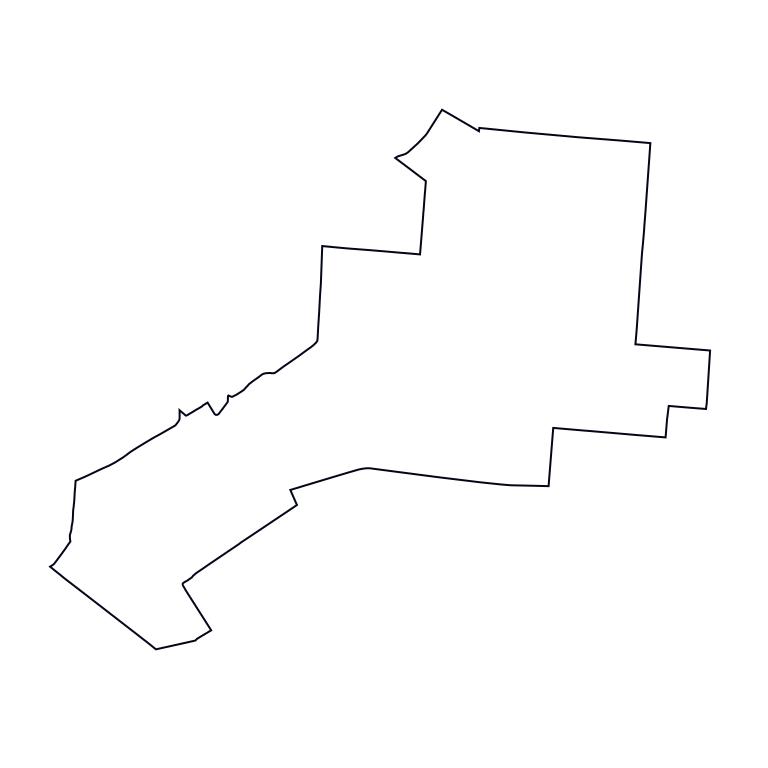 the district of Luica, Calarasi, Romania, rotated 3°
{"feature_id": "2599482B3478355061153", "entity_name": "Luica", "entity_type": "district", "adm_level": 2, "iso_a3": "ROU", "parent_name": "Romania", "parent_adm1": "Calarasi", "projection": "mercator", "projection_center": [26.612, 44.255], "detail": "fine", "context": "isolated", "style": "outline", "palette": "ink", "viewbox_px": 768, "rotation_deg": 3, "n_neighbors": 0, "source": "geoboundaries", "source_scale": "gbopen_adm2", "svg_char_len": 2921}
<svg xmlns="http://www.w3.org/2000/svg" viewBox="0 0 768 768"><g transform="rotate(3 384 384)"><path d="M553.7,477.4L555.3,419.0L585.4,420.0L593.0,420.2L640.6,421.8L668.0,422.6L668.5,404.8L669.5,391.0L688.1,391.6L706.9,392.1L706.9,391.2L707.2,387.3L707.2,387.2L707.3,386.4L707.9,333.5L633.0,331.2L633.5,316.1L634.8,240.0L635.2,231.5L635.7,216.5L635.7,213.6L636.1,197.8L636.3,186.6L637.0,150.4L637.3,134.6L637.3,131.4L637.4,129.5L634.5,129.4L612.8,128.7L603.0,128.4L564.2,127.4L561.8,127.3L513.4,125.5L506.7,125.2L465.8,123.3L465.6,126.6L444.5,115.7L427.6,107.1L414.0,131.2L412.4,133.6L405.1,142.0L395.7,151.5L393.3,153.2L385.6,156.1L383.4,157.7L388.5,161.1L415.2,179.2L415.0,187.6L414.8,193.4L414.6,201.6L414.5,207.9L414.3,211.3L414.3,213.8L413.8,232.0L413.2,252.7L364.2,251.1L339.6,250.5L315.1,249.5L315.7,286.9L315.5,298.9L315.5,315.3L315.4,323.1L315.3,331.0L315.3,338.9L315.3,342.5L315.2,343.7L315.1,344.3L314.8,345.1L313.6,346.7L311.5,348.9L308.9,351.2L306.1,353.4L296.9,360.9L281.9,372.5L276.1,377.4L273.8,379.0L271.1,379.1L270.3,379.0L269.6,379.0L268.0,379.1L265.6,379.4L264.5,379.7L263.7,379.9L262.6,380.4L261.9,380.8L261.4,381.1L259.5,382.8L254.1,387.1L253.2,387.7L252.5,388.4L249.1,391.3L247.7,393.2L246.9,394.0L246.3,394.7L245.3,396.0L244.3,397.2L244.1,397.4L240.9,399.8L237.6,402.1L236.8,402.7L234.8,403.7L234.1,404.2L233.4,404.6L233.2,404.7L232.3,404.7L230.9,404.3L229.9,403.9L229.4,403.6L228.9,404.0L228.8,404.5L228.9,406.7L228.9,410.1L223.6,418.0L220.3,422.8L218.7,423.6L217.7,423.6L216.5,423.0L208.8,411.8L204.2,414.9L203.4,415.9L200.9,417.6L197.7,419.6L197.0,420.1L193.7,422.4L191.5,423.8L189.4,425.3L188.4,425.8L187.8,425.9L187.7,425.9L185.0,423.8L182.2,421.7L181.2,420.9L181.4,423.3L181.4,423.8L181.7,429.0L181.6,429.7L181.3,431.0L180.8,431.8L180.3,432.7L177.8,436.3L177.3,436.6L163.9,445.3L160.0,447.7L156.1,450.1L149.4,454.6L144.0,458.3L141.2,460.2L134.6,464.9L127.5,470.8L119.7,476.3L113.9,479.8L106.3,483.6L93.6,490.5L91.3,491.7L89.2,492.8L83.5,495.6L81.1,496.8L81.0,503.2L80.8,508.6L80.8,516.9L80.5,522.7L80.2,526.5L80.3,534.4L80.2,537.8L79.5,542.9L79.5,545.5L79.0,548.0L78.6,549.8L78.2,551.0L78.2,551.6L78.4,554.2L78.6,555.6L78.9,556.9L79.0,557.8L77.1,560.7L73.9,566.0L72.3,568.4L71.3,570.0L69.1,573.3L66.0,577.9L64.6,580.0L63.6,581.3L62.9,581.9L60.1,583.9L60.5,584.2L65.2,587.6L72.0,592.5L74.4,594.3L78.4,597.1L82.4,599.8L82.5,599.9L102.6,613.8L160.4,653.9L170.1,660.9L209.0,650.1L210.6,648.3L213.3,646.4L224.3,639.0L212.4,622.3L197.2,601.0L193.7,595.6L193.4,594.4L193.5,593.7L195.1,592.3L197.9,590.6L200.3,588.7L202.3,587.1L203.5,585.4L206.4,582.6L211.9,578.5L216.8,574.7L218.9,573.1L219.4,572.7L247.7,551.3L249.4,549.8L256.8,544.3L264.3,538.7L273.5,531.8L303.4,509.4L296.0,494.7L336.9,480.0L351.5,474.8L363.0,470.8L366.8,469.8L370.6,469.1L374.2,468.9L395.9,470.6L443.8,474.3L484.8,477.1L506.0,478.2L516.0,478.5L534.9,477.9L553.7,477.4Z" fill="none" stroke="#020617" stroke-width="2"/></g></svg>